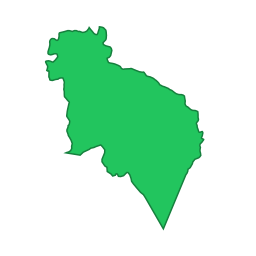 Odsan, Castries, Saint Lucia (Albers equal-area conic projection), rotated 353°
{"feature_id": "8701671B52063001665114", "entity_name": "Odsan", "entity_type": "district", "adm_level": 2, "iso_a3": "LCA", "parent_name": "Saint Lucia", "parent_adm1": "Castries", "projection": "albers", "projection_center": [-60.985, 13.974], "detail": "fine", "context": "isolated", "style": "filled", "palette": "green", "viewbox_px": 256, "rotation_deg": 353, "n_neighbors": 0, "source": "geoboundaries", "source_scale": "gbopen_adm2", "svg_char_len": 5597}
<svg xmlns="http://www.w3.org/2000/svg" viewBox="0 0 256 256"><g transform="rotate(353 128 128)"><path d="M63.4,145.1L77.2,149.1L80.7,146.5L86.9,144.5L88.6,143.5L91.8,143.2L94.0,142.5L98.9,141.5L100.4,143.5L102.3,146.8L101.8,149.8L98.4,155.9L98.1,158.4L100.4,162.9L102.3,164.4L102.1,168.7L105.3,171.3L107.0,173.8L109.7,173.3L110.7,172.0L111.9,172.5L112.6,174.8L114.8,175.3L117.8,174.8L121.4,172.0L122.7,172.3L124.1,174.8L124.9,178.6L125.1,181.4L126.6,184.2L129.5,188.7L132.7,193.5L135.2,196.0L136.9,199.6L150.8,232.4L179.7,181.5L181.0,180.1L182.0,178.3L182.5,176.3L184.9,174.9L187.5,171.4L188.2,169.6L190.6,167.2L194.5,166.2L195.7,165.4L196.9,164.1L196.9,161.8L196.6,159.6L197.0,157.6L197.5,156.1L197.1,154.4L197.5,152.8L198.1,152.3L199.5,151.2L201.7,148.8L201.6,148.4L201.1,148.1L200.1,147.5L199.9,147.4L199.8,147.1L199.7,146.9L199.8,146.5L200.1,145.9L200.4,145.5L200.7,144.8L201.1,143.9L201.3,143.0L201.7,142.1L201.6,141.3L201.3,140.6L200.5,140.6L199.1,141.0L198.7,141.0L198.2,140.9L197.9,140.5L197.7,140.2L197.6,139.5L197.5,138.9L197.0,136.5L196.8,135.7L196.8,135.3L196.9,134.2L196.8,133.6L196.7,133.1L196.5,132.5L196.4,132.1L196.5,131.6L196.7,131.1L197.3,130.5L197.8,130.1L198.1,129.8L198.4,129.4L198.8,128.7L198.9,128.4L199.0,127.9L199.0,127.6L198.9,127.1L198.9,126.7L198.8,126.1L199.0,124.5L199.1,123.9L199.2,122.8L199.2,122.2L199.3,121.7L199.2,121.3L199.3,120.5L199.1,120.1L198.8,119.9L198.0,119.5L197.6,119.2L197.2,119.0L196.6,118.8L196.0,118.7L195.2,118.5L194.5,118.5L194.1,118.2L193.3,117.9L192.3,117.1L189.7,114.2L189.2,114.0L188.8,113.7L188.5,113.4L188.1,112.9L187.6,111.4L187.6,110.8L187.5,110.6L187.8,109.5L188.1,108.2L187.9,104.8L187.9,103.2L186.8,102.1L185.2,101.4L182.5,101.0L180.1,99.9L178.6,98.6L176.0,96.0L173.9,94.8L173.1,93.8L169.3,91.6L168.7,91.3L168.2,91.1L167.7,90.9L167.2,90.7L166.8,90.3L165.5,89.4L164.6,88.8L164.4,88.1L164.0,87.2L163.8,86.9L163.3,86.2L162.8,85.5L162.5,85.2L162.0,84.6L161.7,84.2L160.9,83.6L160.5,83.1L160.1,82.7L159.4,82.0L158.9,81.6L158.5,81.3L158.0,81.1L157.6,80.8L157.1,80.5L156.1,79.9L155.1,79.6L154.6,79.4L154.1,79.2L153.7,79.1L153.4,78.9L152.8,78.5L152.4,78.2L152.3,77.7L151.9,77.0L151.7,76.6L151.5,76.2L151.2,75.7L150.9,75.2L150.8,74.9L150.5,74.6L150.3,74.4L149.1,74.4L148.2,74.2L147.7,74.0L146.2,73.6L145.1,73.0L144.6,72.7L144.2,72.5L143.8,72.3L142.8,71.8L142.4,71.5L142.0,71.3L141.4,71.0L140.4,70.4L140.1,70.2L139.5,69.9L138.9,69.5L138.5,69.4L138.1,69.3L137.0,69.4L131.8,69.0L131.0,69.1L130.6,69.1L130.0,68.9L129.6,68.7L129.3,68.5L129.0,68.3L128.8,68.0L128.5,67.7L128.3,67.1L128.0,66.4L127.7,66.0L127.4,65.7L127.0,65.4L126.4,65.0L125.7,64.5L125.1,64.2L124.6,63.9L124.2,63.7L123.7,63.4L123.3,63.2L122.8,62.9L122.3,62.7L121.3,62.3L120.7,62.1L119.8,61.8L119.4,61.7L118.7,61.5L118.3,61.4L117.7,61.1L117.3,61.0L116.7,60.6L116.4,60.1L116.4,59.8L116.2,59.2L116.1,58.8L115.9,58.3L115.8,57.8L115.8,57.3L115.7,56.6L115.9,56.1L116.1,56.0L116.7,55.9L117.1,55.8L117.8,55.6L118.0,55.5L118.9,54.7L119.6,53.9L119.8,53.5L121.4,49.1L121.2,47.5L121.1,47.1L120.8,46.5L120.7,46.2L120.2,45.5L119.9,45.3L115.7,43.6L114.0,42.3L113.7,41.9L113.6,40.8L113.6,40.3L116.8,37.6L116.9,37.3L117.1,36.8L117.3,36.3L117.4,35.8L117.5,35.5L117.5,35.0L117.6,34.6L117.7,34.3L117.8,33.8L117.9,33.3L117.9,32.3L118.0,30.9L118.0,30.2L118.0,29.7L118.0,29.0L117.9,28.4L117.8,28.0L117.5,27.7L117.0,27.0L116.8,26.7L116.5,26.3L116.2,25.9L115.7,25.4L115.3,25.2L114.7,24.9L113.8,24.6L113.2,24.4L112.7,24.3L112.3,24.1L111.9,24.1L111.6,25.8L110.4,28.3L109.5,30.5L108.6,31.5L107.5,31.3L106.3,30.6L105.7,30.0L103.7,26.8L103.0,25.8L101.7,23.6L101.2,24.5L98.9,26.8L96.5,27.6L94.4,27.6L91.7,26.2L90.6,26.2L88.4,25.0L86.7,24.8L84.5,25.4L82.1,24.4L81.9,24.3L80.1,24.0L75.8,24.7L72.1,25.1L71.5,25.3L71.2,25.7L71.1,26.2L70.9,27.0L70.9,27.7L70.8,28.4L70.7,28.8L70.5,29.4L70.4,29.7L70.2,30.4L70.1,30.7L69.7,31.3L69.5,31.7L68.8,32.3L68.5,32.4L68.1,32.4L67.8,32.2L67.1,31.7L66.7,31.4L66.4,31.1L65.8,30.5L65.1,30.3L64.5,30.1L64.1,30.0L63.3,30.0L62.9,30.2L62.5,30.4L62.2,30.6L61.7,31.1L61.3,31.6L61.1,32.1L60.9,32.5L60.8,33.1L60.7,33.5L60.8,34.2L60.7,34.7L60.7,35.3L60.6,35.6L60.5,36.3L60.3,36.8L60.1,37.4L60.0,37.7L59.8,38.3L59.6,38.8L59.4,39.3L59.2,39.6L58.9,40.3L58.7,40.7L58.3,41.7L58.0,42.3L57.8,43.3L57.8,43.8L57.7,44.2L57.8,44.5L58.0,44.9L58.5,45.3L58.8,45.4L59.6,45.8L60.0,45.9L60.5,46.0L60.8,45.9L61.6,45.8L62.0,45.8L62.6,45.7L63.0,45.5L63.7,45.4L64.2,45.4L64.8,45.4L65.1,45.5L65.8,45.6L66.2,45.8L66.4,45.9L66.7,46.3L66.7,46.6L66.8,47.3L66.8,47.8L66.9,48.3L66.9,48.8L66.8,49.0L66.7,49.2L66.5,49.4L66.2,49.6L65.5,50.3L64.0,51.8L63.4,52.2L63.1,52.5L62.5,52.8L62.2,53.1L62.0,53.3L61.5,53.4L61.0,53.3L60.7,53.1L60.2,52.9L59.6,52.5L59.2,52.3L58.8,52.1L57.6,51.7L57.1,51.6L56.6,51.6L56.2,51.6L55.4,51.6L54.9,51.7L54.6,51.8L54.3,52.3L54.4,52.9L54.6,53.4L54.8,54.3L55.1,55.0L55.3,55.5L55.5,55.9L55.6,56.3L55.8,57.2L55.7,57.4L55.6,58.0L55.3,58.8L55.6,58.2L54.4,61.0L55.3,61.7L55.6,61.7L56.1,61.6L56.4,61.9L56.4,62.2L56.4,63.2L56.3,63.5L56.2,64.2L55.7,67.7L56.2,69.1L56.3,70.7L57.2,71.2L58.8,71.6L62.1,71.0L64.5,71.0L65.6,70.3L67.6,70.1L69.5,70.5L70.4,74.3L70.3,75.4L69.8,77.0L69.6,79.5L69.0,81.7L69.2,84.3L69.0,85.6L68.8,87.8L68.8,89.2L70.2,91.2L71.1,92.7L72.0,94.0L72.7,94.8L72.9,95.4L72.2,96.9L71.2,99.8L70.4,102.0L69.7,104.2L69.2,106.3L68.7,108.3L68.7,109.1L69.1,109.9L70.6,113.0L71.0,114.0L70.8,115.0L70.4,116.4L69.9,117.6L68.9,118.2L68.6,119.7L68.2,120.5L67.7,121.4L67.2,122.3L67.0,123.7L67.5,125.8L67.8,127.2L67.8,127.8L67.9,128.3L68.0,128.5L68.9,130.4L70.0,133.2L70.8,136.6L69.8,139.3L69.7,141.4L68.3,143.5L65.8,144.7L64.7,144.7L63.4,145.1Z" fill="#22c55e" stroke="#15803d" stroke-width="1.5"/></g></svg>